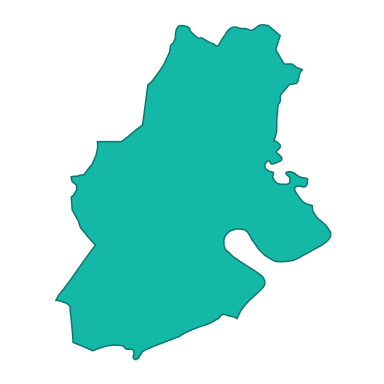 the district of Kota Pangkal Pinang, Bangka-Belitung, Indonesia, rotated 89°
{"feature_id": "22746128B92282941938888", "entity_name": "Kota Pangkal Pinang", "entity_type": "district", "adm_level": 2, "iso_a3": "IDN", "parent_name": "Indonesia", "parent_adm1": "Bangka-Belitung", "projection": "robinson", "projection_center": [106.108, -2.109], "detail": "fine", "context": "isolated", "style": "filled", "palette": "teal", "viewbox_px": 384, "rotation_deg": 89, "n_neighbors": 0, "source": "geoboundaries", "source_scale": "gbopen_adm2", "svg_char_len": 5841}
<svg xmlns="http://www.w3.org/2000/svg" viewBox="0 0 384 384"><g transform="rotate(89 192 192)"><path d="M140.0,285.7L145.1,285.5L150.4,286.5L153.9,287.4L158.7,289.7L162.8,291.5L166.9,295.2L172.3,299.3L173.6,300.1L173.2,300.5L172.9,301.2L172.8,301.4L173.1,302.1L173.4,304.1L174.2,306.3L174.2,308.9L174.6,312.5L177.1,312.4L180.0,311.3L182.9,307.5L186.7,307.2L186.8,306.9L192.3,309.8L195.0,312.8L207.8,312.1L217.0,307.2L219.3,306.1L224.0,304.7L226.2,303.8L229.2,301.3L233.0,298.4L238.8,293.6L243.5,289.5L252.6,296.6L260.0,302.1L275.9,313.7L281.5,317.9L288.3,323.3L293.0,327.2L295.5,328.7L298.0,329.9L298.1,327.6L299.2,324.8L300.0,321.9L300.9,319.8L303.0,316.8L304.7,316.0L310.6,315.7L317.1,315.0L325.5,314.4L331.8,313.9L340.3,313.5L343.1,307.0L347.9,296.3L348.7,294.7L349.0,294.6L348.5,292.4L347.2,289.2L346.4,286.8L345.9,285.3L345.2,282.7L345.2,282.4L344.3,279.3L343.7,273.6L344.0,267.5L344.8,263.1L345.1,262.7L346.3,262.4L347.0,261.7L347.9,260.4L348.1,259.3L348.3,257.6L348.0,257.1L348.2,254.9L349.0,253.6L350.2,253.2L351.3,252.9L352.3,252.8L353.8,253.1L354.7,253.6L356.2,253.6L357.4,253.4L358.1,252.5L358.5,251.9L358.6,250.7L357.6,249.7L357.4,248.5L356.9,248.1L355.0,247.5L355.0,247.3L354.8,247.1L353.1,245.7L351.9,245.1L350.7,244.0L349.8,242.6L348.9,240.8L347.7,238.1L345.7,233.2L344.5,230.1L343.6,227.5L342.0,223.0L341.7,222.4L340.7,219.7L339.1,214.8L338.1,212.6L337.6,211.0L336.7,208.4L336.3,207.2L335.7,206.3L334.7,205.0L333.9,203.5L332.7,201.4L330.1,195.2L328.5,191.4L327.2,187.5L326.0,183.9L325.3,181.3L324.6,179.2L323.5,176.5L321.5,172.3L320.6,171.1L319.8,169.2L319.2,168.2L318.6,167.5L318.3,167.1L317.5,166.3L316.7,165.8L315.9,165.2L315.5,164.5L315.1,164.0L315.0,163.8L315.1,161.3L316.6,157.1L317.4,153.4L317.4,153.2L317.6,152.3L319.4,149.1L316.3,147.8L311.1,145.1L307.1,141.9L302.5,137.7L298.8,133.6L291.5,125.4L288.7,122.7L286.2,121.0L283.9,120.7L281.8,120.9L279.8,121.8L278.0,122.9L276.0,125.1L271.4,131.3L266.4,139.1L262.4,145.0L257.2,152.2L253.7,155.7L250.0,159.7L246.3,160.9L240.9,161.0L237.9,160.2L235.4,158.8L232.6,155.8L230.9,152.8L229.8,148.4L229.8,144.3L230.7,140.0L233.0,137.2L236.6,135.0L240.5,133.1L245.2,129.8L249.8,126.8L253.9,123.0L256.6,120.3L259.6,115.7L262.6,110.3L263.1,108.4L263.2,106.0L263.3,102.5L263.0,97.9L262.1,91.9L260.5,87.9L255.6,78.7L252.8,73.3L250.3,68.6L247.2,62.9L244.2,58.4L241.4,55.9L238.7,54.2L236.8,54.1L235.0,54.2L233.6,54.7L231.8,56.0L229.4,57.4L226.7,59.6L224.1,62.7L222.3,64.6L220.8,66.6L219.8,67.4L217.9,68.7L216.2,69.9L213.6,71.3L212.0,71.7L209.1,72.0L207.7,71.9L207.0,74.0L205.9,78.0L204.6,79.9L203.3,81.8L201.8,82.9L200.7,83.8L198.1,85.5L196.1,87.1L193.4,88.5L192.5,89.0L191.7,89.2L190.5,89.4L189.5,88.9L188.5,88.2L188.2,86.7L187.9,85.1L188.1,83.0L188.7,81.7L188.9,80.0L188.7,78.9L188.0,77.8L186.6,77.0L182.3,76.3L180.7,76.3L180.3,77.1L180.0,79.1L179.8,80.9L179.5,82.1L178.2,85.0L177.5,86.1L176.8,87.1L175.2,88.9L174.6,90.0L173.7,92.2L173.5,93.6L173.4,95.0L173.7,96.7L174.1,97.4L174.8,97.8L175.8,97.4L177.0,96.4L177.7,95.4L178.7,94.4L180.3,94.0L181.7,94.0L182.9,93.9L184.0,94.3L185.0,94.7L185.5,95.7L185.9,97.2L185.9,99.9L185.9,100.9L185.7,103.3L185.1,106.0L184.1,107.7L182.8,108.7L181.2,109.9L179.4,111.0L178.1,111.1L177.1,110.7L176.3,110.5L175.5,110.2L174.2,110.1L173.7,110.7L173.4,111.8L173.1,113.2L172.5,114.5L171.9,115.5L171.1,116.5L170.7,117.4L170.0,117.9L168.9,118.5L167.5,118.9L166.2,118.6L164.9,118.1L163.9,117.5L163.1,116.6L162.5,115.7L162.2,114.4L162.7,113.7L163.7,113.5L165.1,112.7L165.4,111.7L165.3,110.1L163.7,105.6L162.6,103.2L161.9,102.3L161.4,101.8L160.5,101.6L159.7,101.6L158.5,102.2L156.3,104.2L155.6,104.9L155.0,105.6L154.7,106.4L153.8,107.1L153.0,107.1L152.1,106.2L151.4,105.3L150.5,104.3L149.9,103.8L148.9,103.1L148.2,103.0L147.0,103.0L146.4,103.2L145.3,104.2L144.8,104.9L143.8,105.7L143.3,106.5L142.7,107.2L142.6,108.4L142.8,109.4L142.0,109.4L140.6,108.5L138.1,107.8L136.1,107.2L134.3,106.5L131.9,106.2L129.8,106.2L126.0,106.0L123.3,106.1L121.4,106.0L119.2,105.8L117.1,105.7L115.6,105.3L113.4,105.0L111.9,105.0L108.2,104.7L106.1,104.3L104.2,102.9L102.5,102.0L99.6,102.1L98.4,102.3L97.0,101.8L94.5,100.3L92.9,98.6L90.4,96.4L88.8,95.0L87.2,93.8L86.1,92.3L85.8,88.4L85.5,87.6L85.4,86.5L85.2,85.8L84.6,85.1L84.0,84.7L83.1,84.2L82.6,83.9L81.7,83.7L80.4,83.5L78.8,83.0L78.0,83.0L76.9,82.8L75.6,82.3L73.6,81.3L73.0,81.2L72.6,80.4L72.0,79.7L71.6,79.7L71.4,79.7L71.0,80.5L70.7,81.5L70.1,83.1L69.3,85.3L68.6,86.2L67.4,87.7L66.7,88.7L66.1,89.2L65.8,90.3L65.7,92.3L65.7,94.5L65.7,97.0L65.5,97.5L64.9,98.0L63.2,99.1L51.2,105.8L47.7,104.7L37.3,101.1L31.5,107.5L26.9,113.0L26.7,114.1L26.1,117.1L26.0,117.7L26.2,119.9L26.6,122.1L28.4,124.6L30.6,127.8L31.2,129.1L31.3,130.1L31.1,131.4L30.1,133.9L29.8,134.7L29.5,136.4L29.5,137.3L29.4,139.3L29.3,140.4L29.1,141.7L28.7,142.9L28.1,144.2L27.9,145.7L27.9,147.6L28.4,149.6L29.5,151.3L30.6,152.7L32.2,154.2L34.2,155.5L35.5,156.2L37.2,157.5L40.2,159.7L45.7,162.8L46.3,163.7L46.5,164.7L46.3,165.5L46.1,166.0L45.6,166.4L45.3,166.7L44.9,167.1L44.2,168.1L43.8,168.7L43.5,170.1L43.0,171.4L42.7,171.7L42.3,172.3L41.7,173.7L41.3,174.5L40.8,175.2L40.2,175.8L39.8,176.9L39.4,177.5L38.8,178.1L38.4,179.0L38.2,179.6L38.1,180.8L38.4,181.7L38.5,182.2L38.2,183.0L37.7,184.1L37.0,184.7L35.9,186.3L35.1,187.0L34.5,187.7L31.6,190.4L30.8,191.0L29.7,191.2L28.1,191.7L26.4,194.3L26.2,195.2L26.0,196.3L25.6,197.1L25.5,197.7L25.5,198.8L25.4,199.7L25.4,201.0L25.5,201.8L25.9,202.5L26.5,203.2L27.2,203.6L28.2,204.3L29.3,204.8L30.4,205.1L32.3,205.6L33.7,205.8L34.8,205.8L36.4,205.8L38.6,206.3L39.5,206.6L41.6,207.6L42.7,208.3L43.6,209.1L44.2,210.1L45.5,211.0L46.9,211.2L50.3,211.7L52.0,212.1L53.7,212.9L57.4,214.7L59.9,216.0L62.0,216.8L64.6,218.4L66.9,219.9L69.7,221.7L80.9,230.3L84.2,234.3L124.1,240.2L128.2,246.0L132.0,250.8L135.4,254.9L139.5,260.4L140.2,261.4L140.4,262.7L140.2,271.0L140.0,285.7Z" fill="#14b8a6" stroke="#0f766e" stroke-width="1.5"/></g></svg>